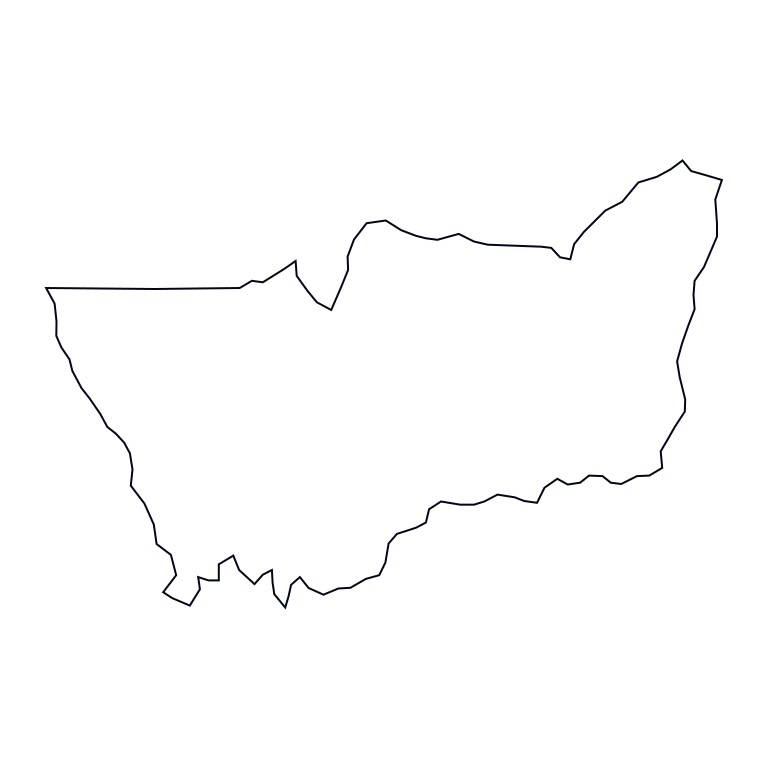 Mombuca, São Paulo, Brazil (Robinson projection)
{"feature_id": "56859067B83163679964168", "entity_name": "Mombuca", "entity_type": "district", "adm_level": 2, "iso_a3": "BRA", "parent_name": "Brazil", "parent_adm1": "São Paulo", "projection": "robinson", "projection_center": [-47.599, -22.942], "detail": "fine", "context": "isolated", "style": "outline", "palette": "ink", "viewbox_px": 768, "rotation_deg": 0, "n_neighbors": 0, "source": "geoboundaries", "source_scale": "gbopen_adm2", "svg_char_len": 1630}
<svg xmlns="http://www.w3.org/2000/svg" viewBox="0 0 768 768"><path d="M682.5,160.5L670.5,169.4L656.9,176.8L638.3,182.5L622.3,201.7L605.3,210.6L583.9,231.9L574.1,244.2L570.3,259.3L560.0,257.3L551.3,247.9L541.3,246.7L487.7,244.7L473.9,241.5L458.7,233.9L437.4,239.8L425.9,238.3L415.9,235.8L401.2,230.2L385.8,220.5L366.6,223.2L354.0,239.5L347.6,256.6L348.1,269.9L341.4,286.5L331.2,310.0L316.9,302.3L307.5,290.9L296.7,275.9L295.6,261.0L284.1,269.0L262.8,282.3L251.9,280.8L239.7,288.0L154.4,289.0L46.1,288.0L54.6,303.6L56.5,321.3L56.3,335.9L61.4,347.5L69.5,359.4L72.3,370.8L81.5,388.1L89.8,398.7L100.3,414.0L107.3,426.9L116.0,433.8L124.2,442.7L129.9,453.3L132.5,469.4L130.8,485.7L144.4,503.5L153.8,524.5L156.6,544.0L170.9,554.9L176.2,575.2L163.2,592.2L172.4,598.2L189.8,605.6L199.9,589.3L198.2,577.1L208.6,580.4L218.8,580.4L218.8,564.3L233.3,555.6L239.1,570.0L254.5,584.1L262.8,574.7L271.9,570.0L272.6,582.8L274.3,594.2L285.2,607.5L288.6,596.2L291.1,584.8L299.9,577.1L308.6,588.0L323.5,594.7L338.3,588.5L350.4,587.8L365.8,578.9L379.2,575.2L385.4,562.6L388.6,543.5L396.9,533.9L416.1,527.7L425.9,522.5L429.1,509.2L441.0,501.5L460.4,504.7L473.9,504.7L484.3,501.5L497.5,494.6L514.6,497.3L524.2,501.0L537.0,502.8L544.5,487.7L557.3,478.8L567.7,484.5L580.1,482.7L589.0,475.6L602.5,476.1L610.8,482.7L621.2,484.0L637.0,476.1L649.2,475.6L662.2,467.9L660.7,451.3L668.8,437.5L674.8,426.9L684.8,411.6L685.2,399.4L679.7,377.2L677.1,361.4L682.0,343.6L688.4,325.3L694.6,309.2L693.5,294.9L694.6,280.8L704.0,267.0L717.0,236.6L717.0,223.7L715.3,199.5L721.9,180.0L706.8,175.5L691.2,171.1L682.5,160.5Z" fill="none" stroke="#020617" stroke-width="2"/></svg>